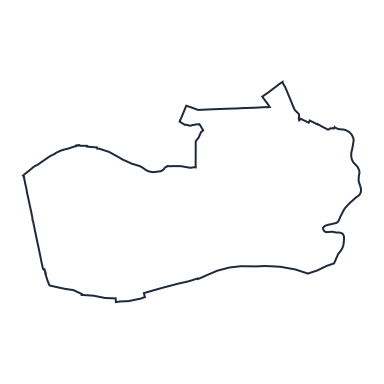 Chirnogi, Calarasi, Romania
{"feature_id": "2599482B29900557308409", "entity_name": "Chirnogi", "entity_type": "district", "adm_level": 2, "iso_a3": "ROU", "parent_name": "Romania", "parent_adm1": "Calarasi", "projection": "mercator", "projection_center": [26.509, 44.098], "detail": "fine", "context": "isolated", "style": "outline", "palette": "slate", "viewbox_px": 384, "rotation_deg": 0, "n_neighbors": 0, "source": "geoboundaries", "source_scale": "gbopen_adm2", "svg_char_len": 5125}
<svg xmlns="http://www.w3.org/2000/svg" viewBox="0 0 384 384"><path d="M23.9,176.7L24.1,177.0L23.9,177.2L24.1,178.2L24.8,181.4L25.0,182.5L25.2,183.6L26.3,188.2L26.7,190.6L27.1,192.9L28.4,198.9L29.6,204.5L30.5,208.6L31.2,211.8L31.8,214.9L32.3,217.1L32.4,219.2L32.6,220.2L33.0,221.0L35.9,235.2L37.6,243.3L38.6,247.8L39.3,251.2L40.9,259.1L41.3,261.2L41.7,263.2L42.4,265.9L42.4,266.6L42.5,267.0L43.4,269.3L43.6,269.7L43.9,269.7L44.3,269.5L44.5,269.4L45.7,273.3L45.3,273.4L47.3,280.0L48.4,282.8L49.6,285.5L59.1,287.6L60.9,288.0L61.2,288.0L61.9,288.2L64.6,288.8L73.4,290.1L78.9,292.7L79.3,292.8L81.8,294.0L81.6,294.9L93.6,295.7L105.1,298.0L115.7,298.4L115.9,302.1L117.0,302.0L117.3,301.9L117.6,301.9L119.9,301.5L128.7,301.1L140.7,298.6L144.9,297.1L143.9,293.1L154.6,290.0L155.0,289.9L161.0,288.2L164.3,287.3L178.8,283.5L188.2,281.4L192.7,280.1L193.0,280.0L193.4,279.8L197.4,278.5L197.7,279.1L201.7,277.5L206.5,275.3L217.6,270.6L229.5,267.5L230.5,267.3L231.0,267.3L231.3,267.3L240.9,266.2L256.7,266.4L264.7,266.0L268.4,266.2L268.9,266.2L269.2,266.2L272.0,266.3L280.6,266.8L295.5,269.5L304.6,272.5L306.4,273.1L306.9,273.2L307.1,273.3L307.7,273.6L317.2,270.5L326.4,266.0L334.0,263.4L335.0,261.3L336.1,258.7L338.2,254.0L340.6,251.0L342.2,248.4L343.0,246.4L343.5,244.5L343.8,241.9L344.0,239.6L344.0,236.6L343.3,234.8L342.8,234.0L342.2,233.5L340.5,232.8L339.5,232.6L338.1,232.5L335.8,232.5L333.1,231.8L331.5,231.8L329.9,231.9L328.4,232.0L327.1,232.1L326.2,232.1L325.6,231.9L324.8,231.5L324.2,231.0L323.5,229.9L323.1,228.7L323.0,228.0L323.3,227.4L324.0,226.6L325.1,225.9L326.7,225.2L328.3,224.7L330.9,224.3L332.9,223.7L334.4,223.4L336.3,223.0L337.3,222.3L338.2,221.5L339.3,219.3L340.4,216.6L342.7,212.1L344.6,208.6L347.3,205.6L349.8,203.0L355.8,197.6L358.6,195.7L360.1,193.9L360.9,191.8L361.0,188.9L360.1,185.6L358.6,181.1L358.7,178.1L358.9,176.0L359.5,172.5L359.2,170.4L357.7,167.0L356.1,165.3L353.2,162.2L352.0,159.8L351.4,157.6L351.2,155.7L351.3,153.4L351.4,152.0L352.0,149.8L352.6,146.9L353.5,141.6L353.6,139.7L353.2,137.6L351.6,134.5L349.4,132.2L346.3,130.4L344.0,129.6L340.3,129.3L339.7,129.2L338.2,128.9L337.8,128.9L336.8,128.4L335.1,127.6L334.7,127.3L334.5,127.1L334.2,127.8L333.9,128.5L333.2,128.4L332.6,128.2L332.4,128.2L332.1,128.3L331.7,128.4L331.5,128.5L331.1,128.5L330.9,128.4L330.7,128.4L330.4,128.3L330.2,128.4L328.1,129.7L324.2,127.7L323.7,127.4L321.8,126.5L321.3,126.2L321.0,126.0L320.4,125.7L319.8,125.3L319.3,125.0L318.8,124.8L317.5,124.0L317.3,124.4L309.8,120.5L308.6,122.7L307.1,121.9L300.4,118.7L300.0,119.5L299.6,120.1L299.2,120.4L298.8,119.0L298.8,118.7L299.0,116.4L299.1,114.8L299.0,114.3L298.6,113.8L294.7,109.9L294.3,109.1L291.5,102.3L289.5,97.4L287.0,91.4L285.1,86.9L284.3,85.7L283.5,84.4L283.3,84.0L282.9,83.2L282.7,82.6L282.6,82.2L282.6,81.9L281.5,82.6L280.6,83.2L279.3,84.1L278.3,84.9L275.5,87.0L272.7,89.1L269.6,91.5L267.7,92.9L265.8,94.2L262.6,96.4L262.3,96.6L263.9,98.9L265.3,100.8L266.7,102.6L269.8,107.0L269.3,107.1L268.7,107.2L266.9,107.2L266.4,107.1L265.8,107.1L264.9,107.2L263.6,107.2L262.6,107.3L261.2,107.3L259.6,107.4L257.8,107.6L256.6,107.6L254.7,107.7L253.5,107.8L251.1,107.9L248.5,107.9L247.6,108.0L246.5,108.0L245.3,108.0L244.2,108.0L240.7,108.2L239.2,108.3L235.6,108.5L230.7,108.6L214.4,109.2L203.0,109.7L199.3,109.9L198.3,110.0L198.0,109.9L193.4,108.2L193.2,108.1L192.9,108.0L188.6,106.5L186.3,105.7L184.8,109.2L184.0,111.2L183.8,111.7L183.3,113.0L183.1,113.4L182.9,113.9L182.8,114.1L182.6,114.5L182.5,114.8L181.6,117.0L181.4,117.5L180.2,120.1L179.8,121.1L179.6,121.6L184.8,124.8L184.9,124.7L185.7,124.7L186.7,124.9L187.7,125.2L188.4,125.3L189.2,125.6L189.4,125.7L189.8,125.7L190.9,125.6L191.6,125.4L192.2,125.1L192.5,125.0L192.8,125.0L193.4,125.0L193.7,124.9L194.3,124.8L194.9,124.7L195.4,124.5L195.9,124.4L196.5,124.4L197.6,124.4L198.3,124.4L198.6,124.4L198.8,124.4L199.2,124.1L199.4,124.1L200.6,126.0L202.6,129.4L203.1,130.3L203.1,130.5L202.6,130.9L202.2,131.2L201.7,131.5L201.4,131.7L201.1,132.0L200.1,134.2L198.6,137.6L195.7,141.3L195.7,147.7L195.7,152.6L195.7,156.5L195.6,160.5L195.6,161.6L195.6,162.0L195.7,166.1L195.7,167.4L194.4,167.2L190.3,167.8L181.0,166.2L179.2,166.1L172.3,166.1L170.2,166.3L167.6,166.0L167.3,166.1L167.3,166.4L165.6,167.2L165.2,167.4L163.5,169.5L163.2,169.8L160.9,171.2L153.3,172.2L149.6,171.6L146.5,170.4L145.7,169.9L143.4,168.2L141.8,167.2L139.8,166.1L137.5,165.4L134.2,164.4L131.7,163.7L128.8,162.3L127.2,161.6L124.5,160.4L123.3,159.9L122.4,159.4L121.6,159.0L120.3,158.2L119.2,157.5L108.9,151.8L107.2,151.3L99.2,148.7L97.2,148.6L96.9,147.4L93.8,147.2L90.8,147.0L89.8,146.9L87.0,146.6L87.1,145.9L86.1,145.8L83.2,145.8L82.6,145.8L80.6,145.8L80.1,145.5L78.9,145.5L78.9,145.1L77.7,145.2L77.8,145.6L76.1,145.6L76.1,146.2L75.1,146.3L71.7,147.4L70.4,147.9L67.0,148.9L66.8,149.0L66.0,149.2L64.4,149.4L63.9,149.6L63.4,149.9L61.7,150.3L61.3,150.4L56.1,152.8L55.6,153.2L54.9,153.8L54.5,153.9L54.3,154.1L53.9,154.4L53.3,154.6L53.0,154.7L52.1,155.1L51.0,155.7L49.6,156.5L49.3,156.7L48.1,157.5L42.7,161.2L41.7,161.9L38.2,164.4L36.8,165.2L35.0,166.0L33.2,167.2L32.8,167.6L31.1,169.0L23.0,175.6L23.5,176.2L23.9,176.7Z" fill="none" stroke="#1e293b" stroke-width="2"/></svg>